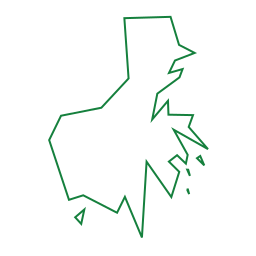 the border of Hwanghae-namdo, rotated 268°
{"feature_id": "PRK-3304", "entity_name": "Hwanghae-namdo", "entity_type": "Province", "adm_level": 1, "iso_a3": "PRK", "parent_name": "North Korea", "parent_adm1": "", "projection": "robinson", "projection_center": [125.529, 38.191], "detail": "coarse", "context": "isolated", "style": "outline", "palette": "green", "viewbox_px": 256, "rotation_deg": 268, "n_neighbors": 0, "source": "natural_earth", "source_scale": "10m", "svg_char_len": 722}
<svg xmlns="http://www.w3.org/2000/svg" viewBox="0 0 256 256"><g transform="rotate(268 128 128)"><path d="M237.6,174.4L209.3,181.9L200.7,197.2L193.8,177.3L181.6,170.9L185.0,184.6L176.8,181.2L161.3,158.5L135.7,152.5L153.8,168.9L139.9,168.9L138.6,193.4L126.9,188.7L104.1,207.2L124.7,173.6L99.1,186.7L90.4,184.6L99.1,176.1L93.0,167.7L82.4,177.7L57.5,168.9L93.7,145.4L18.1,138.1L59.3,122.5L43.7,114.1L62.3,80.9L58.3,66.5L118.7,48.8L142.6,61.5L149.2,102.1L177.5,130.3L237.9,128.2L237.6,174.4ZM40.6,72.1L48.1,81.5L33.8,77.9L40.6,72.1ZM95.4,195.9L97.5,199.2L88.0,202.9L95.4,195.9ZM84.2,186.7L78.0,188.2L84.3,185.7L84.2,186.7ZM63.7,185.2L65.3,185.5L59.8,186.8L63.7,185.2Z" fill="none" stroke="#15803d" stroke-width="2"/></g></svg>